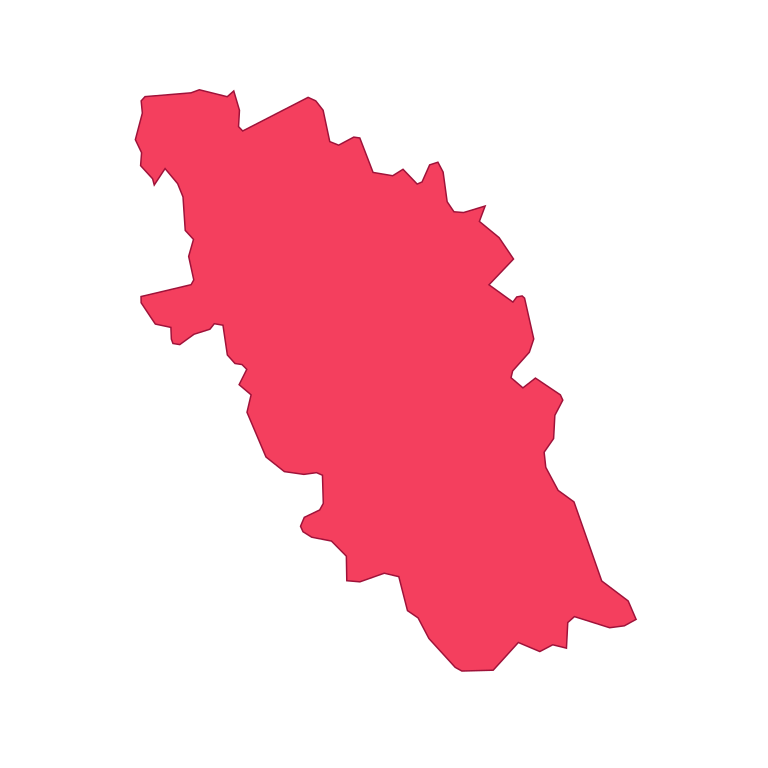 Northamptonshire, Mercator projection, rotated 101°
{"feature_id": "GBR-2749", "entity_name": "Northamptonshire", "entity_type": "Administrative County", "adm_level": 1, "iso_a3": "GBR", "parent_name": "United Kingdom", "parent_adm1": "", "projection": "mercator", "projection_center": [-0.87, 52.306], "detail": "fine", "context": "isolated", "style": "filled", "palette": "rose", "viewbox_px": 768, "rotation_deg": 101, "n_neighbors": 0, "source": "natural_earth", "source_scale": "10m", "svg_char_len": 1621}
<svg xmlns="http://www.w3.org/2000/svg" viewBox="0 0 768 768"><g transform="rotate(101 384 384)"><path d="M478.2,485.9L437.9,513.1L420.0,512.4L412.3,526.1L395.8,521.5L392.0,527.1L392.3,534.2L385.4,543.3L357.0,553.3L357.2,562.1L363.4,565.3L371.4,580.0L384.3,592.0L384.5,598.9L380.5,601.3L369.1,604.0L368.8,619.9L362.9,625.8L350.6,637.9L344.5,639.2L323.3,592.3L318.1,590.6L296.0,600.1L278.4,598.6L271.2,608.4L238.7,617.0L226.7,624.8L214.3,640.0L232.5,647.5L226.7,650.3L216.1,664.6L203.2,666.1L191.6,674.7L164.2,672.9L152.4,676.4L147.5,673.4L135.0,629.0L130.4,621.4L131.9,592.7L125.0,587.4L142.9,578.1L159.1,575.9L162.6,571.0L117.1,513.2L119.1,505.0L126.9,496.0L156.4,483.5L158.2,474.1L147.4,460.8L147.1,454.7L178.4,435.1L177.9,415.2L169.6,406.3L181.4,389.6L178.4,385.2L160.2,381.0L156.0,373.4L164.7,366.4L193.0,356.8L201.6,348.2L200.5,338.6L190.0,318.7L206.2,321.4L218.4,298.9L236.6,280.7L266.6,299.9L279.0,273.1L273.2,270.3L271.2,265.2L272.9,262.4L311.2,245.6L325.1,247.4L346.6,260.2L353.6,260.5L361.3,246.9L349.3,236.5L361.0,208.8L365.7,205.4L382.2,210.3L405.2,207.1L420.4,213.8L434.9,209.3L437.4,207.3L455.2,192.8L463.5,175.0L535.8,132.7L550.4,102.9L566.7,91.8L566.9,91.6L575.5,101.9L580.2,116.0L576.0,152.7L583.1,158.1L608.5,154.5L608.2,160.1L607.8,168.6L616.9,180.0L612.1,202.8L644.1,222.2L650.9,252.8L648.6,260.0L625.3,291.3L607.1,305.9L602.0,317.7L570.3,332.7L569.7,347.7L582.8,369.9L584.2,383.0L560.2,388.1L548.2,405.6L548.2,425.7L544.5,435.3L539.6,438.8L530.1,436.8L519.9,423.1L512.8,420.8L485.3,427.0L483.9,433.3L488.0,445.4L489.0,465.1L478.2,485.9Z" fill="#f43f5e" stroke="#9f1239" stroke-width="1.5"/></g></svg>